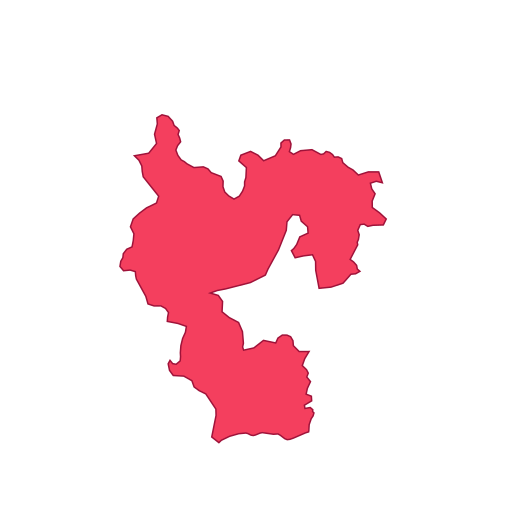 an SVG outline of Sofia, rotated 231°
{"feature_id": "BGR-2244", "entity_name": "Sofia", "entity_type": "Province", "adm_level": 1, "iso_a3": "BGR", "parent_name": "Bulgaria", "parent_adm1": "", "projection": "orthographic", "projection_center": [23.554, 42.64], "detail": "fine", "context": "isolated", "style": "filled", "palette": "rose", "viewbox_px": 512, "rotation_deg": 231, "n_neighbors": 0, "source": "natural_earth", "source_scale": "10m", "svg_char_len": 2954}
<svg xmlns="http://www.w3.org/2000/svg" viewBox="0 0 512 512"><g transform="rotate(231 256 256)"><path d="M86.2,186.2L87.4,183.2L91.0,170.3L92.2,167.0L93.6,164.7L95.9,163.4L101.3,162.1L103.9,161.1L106.5,157.4L114.8,149.7L115.8,147.7L117.3,142.8L118.2,140.9L119.9,139.4L123.2,137.9L124.8,136.7L128.8,130.7L132.5,122.0L134.6,113.1L134.3,109.7L143.2,107.7L157.2,124.6L162.3,128.5L180.4,130.2L187.1,127.1L193.2,125.5L199.4,127.7L208.1,124.3L215.2,116.5L221.5,116.8L227.5,119.9L229.0,123.5L224.8,123.5L222.1,125.8L222.2,131.1L225.2,134.0L228.4,136.3L233.6,141.2L238.1,147.1L241.1,153.1L245.1,157.6L252.7,152.9L261.0,145.9L264.1,148.8L267.1,152.4L272.2,152.7L277.1,150.7L281.3,145.4L286.7,141.9L294.0,145.0L313.3,148.5L316.4,150.1L319.8,152.4L324.3,149.3L327.9,143.8L333.5,143.7L337.0,147.6L338.5,151.5L341.3,154.3L342.6,159.8L341.1,165.4L345.2,170.3L350.1,175.1L357.7,176.8L362.1,183.9L362.6,192.6L362.3,201.2L359.8,212.0L363.7,218.0L388.5,218.2L393.3,220.8L397.8,223.9L404.1,225.3L410.4,224.6L403.4,237.3L406.0,249.5L414.5,253.8L420.7,262.4L425.8,265.9L424.9,271.8L419.8,275.6L413.2,276.0L409.0,274.5L404.8,275.4L401.8,275.3L399.5,271.9L395.7,270.9L392.2,269.3L391.1,264.5L388.8,260.4L383.4,258.6L377.8,258.3L374.4,259.7L371.0,260.4L363.8,263.4L358.4,271.2L353.9,273.5L349.0,273.6L339.8,278.9L334.9,277.6L330.6,273.9L325.4,272.0L319.9,272.6L314.1,274.7L313.0,280.7L314.8,286.3L317.6,291.2L320.8,293.8L323.3,297.5L330.8,304.2L340.7,302.5L343.9,307.7L340.7,317.6L333.1,321.0L325.2,321.9L321.7,334.1L325.0,344.0L328.1,346.5L328.3,351.0L325.1,355.1L321.0,353.7L318.4,351.0L316.1,347.6L311.4,349.1L309.8,356.9L303.4,366.4L294.1,370.3L292.8,372.8L293.1,376.3L290.2,378.4L286.7,379.3L283.5,379.1L281.3,382.2L277.8,383.9L273.9,382.2L267.1,383.4L261.9,385.5L254.5,386.5L250.7,396.2L244.1,404.3L233.4,400.3L238.4,396.5L240.6,390.7L235.3,388.2L229.4,387.7L225.6,380.9L220.5,376.9L211.7,379.2L202.8,380.5L200.0,374.5L206.3,366.2L208.7,361.5L212.7,360.1L214.8,356.8L211.9,351.2L207.6,349.6L204.4,346.0L203.0,343.3L200.7,342.1L194.1,327.0L189.9,328.1L185.4,328.3L182.1,326.5L178.7,327.1L179.5,322.2L182.1,318.3L180.1,306.6L184.6,294.7L191.2,284.7L207.3,293.4L214.3,298.9L221.4,300.7L226.2,293.0L230.0,285.3L237.9,286.9L238.0,290.1L239.3,294.8L243.3,302.1L241.0,310.9L246.3,314.5L254.6,313.1L260.2,315.5L265.1,310.5L263.1,301.6L256.9,295.7L246.6,277.3L238.3,257.1L235.3,251.3L238.9,234.9L249.6,211.6L253.6,204.1L256.0,197.1L249.1,201.9L241.7,201.4L234.0,194.5L225.1,196.4L215.3,200.6L205.8,197.9L196.1,191.3L193.7,188.3L190.6,187.1L185.9,196.5L185.7,208.7L176.0,216.6L178.4,221.4L178.0,226.7L175.0,230.3L171.5,232.1L166.9,231.4L162.8,228.6L154.6,229.4L148.4,237.1L145.5,229.2L141.7,223.0L135.8,223.7L132.1,222.9L130.0,219.3L124.1,219.3L120.8,212.6L117.1,208.0L112.2,210.8L108.4,208.1L109.6,199.7L106.7,198.1L104.1,202.8L100.8,203.4L99.5,202.1L97.6,202.3L95.8,199.7L94.8,196.5L91.5,191.2L87.2,187.3L86.2,186.2Z" fill="#f43f5e" stroke="#9f1239" stroke-width="1.5"/></g></svg>